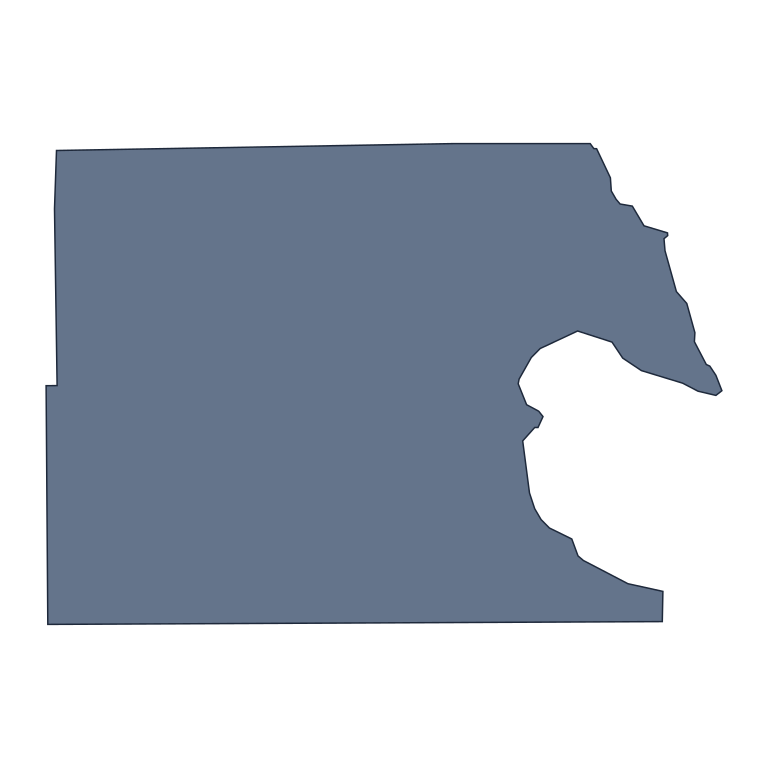 the district of Alpena, Michigan, United States of America
{"feature_id": "52423323B18778524375348", "entity_name": "Alpena", "entity_type": "district", "adm_level": 2, "iso_a3": "USA", "parent_name": "United States of America", "parent_adm1": "Michigan", "projection": "natural_earth1", "projection_center": [-83.433, 45.032], "detail": "fine", "context": "isolated", "style": "filled", "palette": "slate", "viewbox_px": 768, "rotation_deg": 0, "n_neighbors": 0, "source": "geoboundaries", "source_scale": "gbopen_adm2", "svg_char_len": 797}
<svg xmlns="http://www.w3.org/2000/svg" viewBox="0 0 768 768"><path d="M56.5,150.5L54.5,208.8L57.1,385.6L46.1,385.7L47.8,624.2L47.8,624.4L662.3,621.6L662.9,591.4L627.9,583.7L583.4,560.5L578.0,555.9L571.8,539.0L549.4,528.0L541.1,519.6L534.7,508.7L529.5,493.0L522.7,440.9L534.7,427.5L538.0,427.5L543.0,416.6L538.7,411.2L526.6,404.7L518.2,383.8L519.1,379.1L531.3,357.5L540.2,348.5L577.6,331.0L612.0,342.1L622.7,358.1L641.4,370.6L682.7,383.2L698.0,391.2L715.9,395.4L721.9,390.7L715.9,375.3L709.8,366.1L706.3,364.5L694.4,341.7L694.9,332.7L686.8,303.5L676.4,291.6L665.0,250.7L664.0,238.7L667.7,235.6L667.5,232.9L644.0,225.8L632.3,206.1L620.1,204.0L616.1,199.3L611.3,191.0L610.4,177.8L596.6,148.7L593.8,148.6L590.2,143.6L453.6,143.6L56.5,150.5Z" fill="#64748b" stroke="#1e293b" stroke-width="1.5"/></svg>